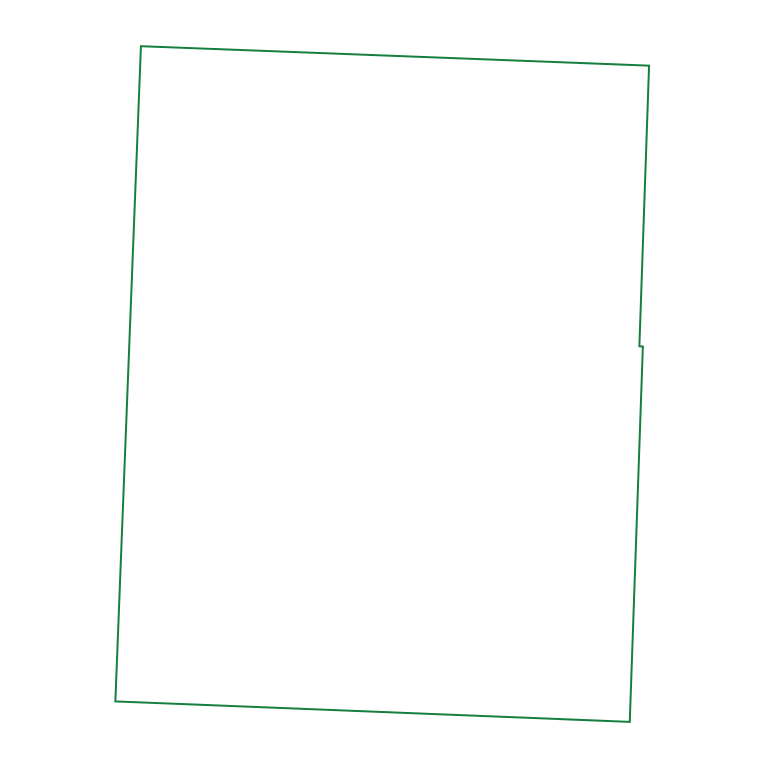 outline of Childress, Texas, United States of America, rotated 2°
{"feature_id": "52423323B84755136262127", "entity_name": "Childress", "entity_type": "district", "adm_level": 2, "iso_a3": "USA", "parent_name": "United States of America", "parent_adm1": "Texas", "projection": "natural_earth1", "projection_center": [-100.178, 34.53], "detail": "fine", "context": "isolated", "style": "outline", "palette": "green", "viewbox_px": 768, "rotation_deg": 2, "n_neighbors": 0, "source": "geoboundaries", "source_scale": "gbopen_adm2", "svg_char_len": 245}
<svg xmlns="http://www.w3.org/2000/svg" viewBox="0 0 768 768"><g transform="rotate(2 384 384)"><path d="M129.3,54.9L126.6,710.6L641.4,713.1L641.4,337.5L637.9,337.4L637.8,56.6L129.3,54.9Z" fill="none" stroke="#15803d" stroke-width="2"/></g></svg>